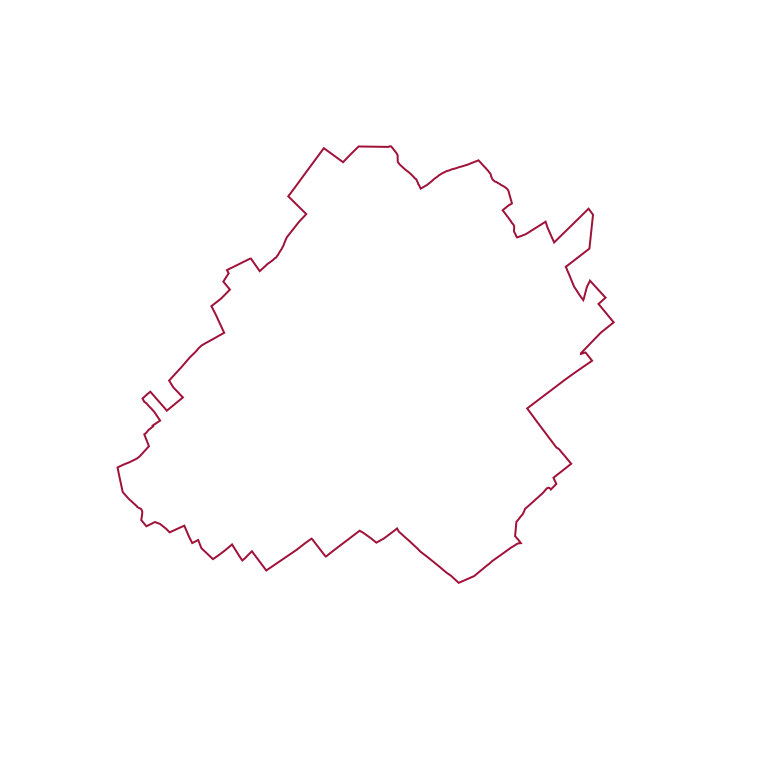 Cenotillo, Yucatán, Mexico (Albers equal-area conic projection), rotated 225°
{"feature_id": "50627088B43968623050569", "entity_name": "Cenotillo", "entity_type": "district", "adm_level": 2, "iso_a3": "MEX", "parent_name": "Mexico", "parent_adm1": "Yucatán", "projection": "albers", "projection_center": [-88.565, 21.031], "detail": "fine", "context": "isolated", "style": "outline", "palette": "rose", "viewbox_px": 768, "rotation_deg": 225, "n_neighbors": 0, "source": "geoboundaries", "source_scale": "gbopen_adm2", "svg_char_len": 4714}
<svg xmlns="http://www.w3.org/2000/svg" viewBox="0 0 768 768"><g transform="rotate(225 384 384)"><path d="M363.3,652.6L363.4,639.6L363.8,604.4L378.7,610.1L384.5,613.0L389.7,590.1L390.5,588.4L391.6,585.8L393.5,581.8L395.5,582.2L397.1,582.9L399.8,583.7L400.6,584.5L401.2,585.2L403.3,587.4L404.7,588.1L406.1,588.3L408.1,588.4L409.0,588.8L409.9,588.9L414.7,589.7L416.2,589.8L417.1,590.0L419.4,590.3L421.1,590.5L422.9,590.7L422.9,591.8L422.5,595.2L422.2,598.2L422.0,599.2L421.7,600.1L421.2,602.1L423.7,603.6L427.2,605.5L429.5,606.8L433.0,608.8L434.0,608.9L435.2,609.0L438.0,608.7L440.2,608.1L441.4,607.7L442.4,607.4L443.1,607.4L444.4,607.0L446.0,606.6L446.7,606.5L448.0,606.0L448.9,605.5L450.5,605.5L451.3,605.3L453.7,606.0L455.0,606.6L455.9,607.2L457.3,607.9L459.2,608.1L461.2,608.4L462.3,608.4L463.8,608.5L475.3,609.0L479.7,599.0L480.0,597.9L480.5,597.4L481.1,596.1L482.2,594.0L482.9,592.7L483.2,592.2L483.7,591.4L484.8,589.3L485.6,587.5L486.6,585.8L487.2,584.9L488.0,583.4L488.6,582.0L489.1,580.7L489.9,579.4L490.5,578.2L490.8,577.1L491.6,574.7L492.0,573.5L492.7,570.4L492.9,567.8L493.2,566.6L493.6,563.5L493.6,562.1L493.7,560.8L494.3,555.2L494.9,553.1L495.4,551.1L496.2,548.1L499.6,549.3L501.3,549.6L501.9,550.0L502.7,550.4L503.3,550.6L504.0,550.8L506.1,551.6L507.7,551.2L508.9,551.4L511.2,551.4L513.4,551.4L515.4,551.3L516.6,551.2L518.0,551.0L520.8,550.6L523.9,550.5L528.2,550.3L529.1,550.5L530.5,550.6L531.1,550.7L531.8,551.2L533.6,553.0L534.6,553.8L535.1,554.4L536.1,555.4L537.1,555.7L539.2,556.2L542.1,556.5L544.8,556.9L545.8,556.9L546.8,557.1L548.1,556.1L548.3,555.2L548.7,554.6L569.9,534.0L570.0,521.6L569.8,511.9L593.3,508.2L588.8,478.3L585.9,459.5L584.4,449.0L559.1,449.2L558.8,439.0L558.8,438.9L558.7,438.0L556.5,419.3L555.8,417.2L555.2,415.8L554.7,414.6L554.3,413.5L553.5,411.9L552.8,410.2L552.5,408.9L551.8,406.9L551.5,405.4L551.3,404.4L550.9,402.6L550.4,400.9L550.2,399.9L550.1,398.8L549.9,398.1L549.7,397.1L550.1,396.0L550.1,394.2L550.2,393.2L550.3,392.1L550.5,390.9L550.7,389.7L550.9,388.1L551.1,387.4L551.2,386.5L551.3,385.8L551.3,385.3L551.3,383.4L551.7,375.9L566.7,378.6L567.4,377.8L575.6,353.5L572.1,352.4L570.2,343.6L570.0,342.8L559.7,341.8L559.6,329.1L561.1,317.0L552.0,314.1L546.4,312.0L539.3,309.4L533.2,307.2L534.2,303.7L534.6,302.4L535.9,297.5L536.8,294.5L537.1,293.4L539.1,286.6L539.9,283.4L540.2,282.3L540.4,278.3L540.0,274.3L540.0,273.7L540.1,265.6L539.9,262.6L539.3,254.8L539.1,251.8L539.1,251.6L538.9,246.5L538.8,244.1L538.5,238.0L538.4,234.5L530.4,232.6L523.3,232.5L522.1,232.4L516.7,232.3L518.7,211.6L522.4,211.9L528.4,212.3L533.5,212.6L538.7,213.0L543.8,213.3L544.1,210.3L544.5,203.0L540.9,201.9L538.2,202.4L535.4,202.1L531.0,202.1L526.4,201.8L516.4,199.8L518.2,191.0L517.3,190.8L517.6,188.1L518.0,185.0L517.6,181.0L517.9,178.9L506.2,173.8L505.6,160.4L505.9,156.9L508.9,148.0L510.9,143.6L513.4,136.6L507.0,132.3L492.9,123.2L492.1,122.8L483.5,122.3L472.3,122.8L471.6,122.6L470.8,122.7L467.7,123.8L467.0,123.8L465.7,123.3L464.7,122.8L463.8,121.9L462.3,120.1L459.4,116.1L451.4,115.4L448.4,124.4L443.4,126.7L435.1,127.6L430.7,127.5L426.8,138.0L425.0,142.6L419.8,140.5L414.0,138.2L407.1,135.9L405.1,142.3L397.1,138.8L381.1,139.2L379.7,146.9L378.7,154.4L378.0,163.1L364.9,160.1L359.4,159.0L359.1,162.3L359.1,164.2L359.2,167.1L359.1,172.3L335.4,168.9L328.6,204.6L327.2,215.8L325.9,223.4L325.0,223.5L303.4,220.7L303.0,221.1L302.2,228.3L300.6,240.3L299.6,247.5L297.5,263.0L293.5,264.1L284.1,265.7L277.2,266.4L274.8,274.9L272.9,288.4L272.6,291.1L269.2,290.1L266.0,290.3L259.4,290.6L255.9,290.9L243.4,291.3L239.9,291.2L238.3,291.4L232.5,292.2L221.7,293.4L214.5,294.1L206.4,294.8L201.0,295.8L190.6,296.2L184.4,312.1L183.0,327.3L182.4,331.9L182.3,335.2L181.7,338.7L180.2,347.4L178.5,358.0L178.2,359.4L177.7,360.8L177.5,362.0L177.1,364.2L176.4,366.2L174.7,368.2L176.5,368.5L178.9,368.8L183.7,369.1L192.9,380.1L193.2,383.7L193.7,387.4L193.8,390.0L194.1,390.8L195.0,393.3L196.0,395.4L195.7,399.1L194.6,419.8L195.1,425.2L194.4,427.0L192.7,427.6L191.4,427.4L191.5,435.2L197.9,437.6L195.2,460.0L214.5,461.7L217.2,461.0L233.6,463.3L248.5,465.4L265.5,468.0L259.0,515.3L256.9,528.1L253.3,547.6L263.8,548.8L266.1,544.6L266.5,545.1L266.6,550.7L267.0,573.4L265.2,590.0L288.9,592.3L288.4,601.7L311.4,602.7L311.1,602.0L310.8,601.1L310.5,600.1L309.9,598.3L309.5,596.8L309.1,596.1L308.7,595.2L307.6,593.4L307.1,592.7L306.8,592.0L305.7,590.1L305.3,589.5L304.2,587.5L303.6,586.7L303.1,585.7L302.5,584.3L303.3,584.5L304.7,584.6L305.9,584.7L308.0,585.1L309.1,585.3L310.6,585.6L312.1,586.0L313.4,586.2L315.0,586.6L316.6,586.9L318.3,587.2L332.7,593.2L332.8,593.2L334.9,594.0L335.9,594.5L337.2,595.0L338.4,595.5L338.0,597.6L334.5,625.0L355.9,651.5L363.3,652.6Z" fill="none" stroke="#9f1239" stroke-width="2"/></g></svg>